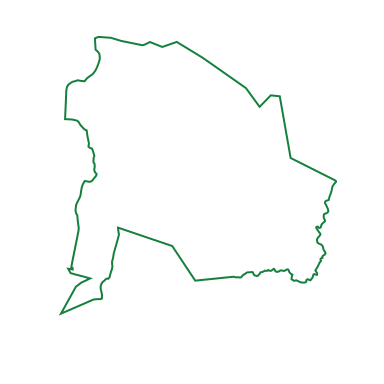 Santiago Miltepec, Oaxaca, Mexico (Natural Earth projection), rotated 191°
{"feature_id": "50627088B74886386761590", "entity_name": "Santiago Miltepec", "entity_type": "district", "adm_level": 2, "iso_a3": "MEX", "parent_name": "Mexico", "parent_adm1": "Oaxaca", "projection": "natural_earth1", "projection_center": [-97.734, 17.988], "detail": "fine", "context": "isolated", "style": "outline", "palette": "green", "viewbox_px": 384, "rotation_deg": 191, "n_neighbors": 0, "source": "geoboundaries", "source_scale": "gbopen_adm2", "svg_char_len": 4349}
<svg xmlns="http://www.w3.org/2000/svg" viewBox="0 0 384 384"><g transform="rotate(191 192 192)"><path d="M297.4,47.6L268.1,67.7L266.2,68.3L264.3,68.8L262.9,69.0L261.1,69.6L260.1,70.3L260.5,72.3L260.7,73.8L261.3,75.3L262.3,77.7L263.3,79.8L263.7,82.4L263.4,84.4L262.7,86.4L260.9,88.5L259.8,90.3L258.5,90.9L257.7,90.8L256.7,92.3L256.5,95.6L256.3,98.4L256.1,99.3L255.9,100.8L255.9,103.9L256.4,105.2L256.8,106.7L257.2,108.5L256.9,112.3L257.1,116.7L255.8,132.0L255.7,133.6L255.6,136.4L256.5,138.7L257.6,141.9L257.8,142.9L201.1,135.2L171.9,105.6L135.2,116.7L134.9,116.7L133.5,116.6L131.8,116.8L130.6,117.1L129.9,117.2L129.1,117.1L127.8,117.4L127.3,117.9L126.8,119.0L125.8,120.5L124.2,121.8L123.6,122.6L122.5,123.6L119.0,124.5L117.5,124.9L116.7,124.7L116.4,123.9L115.5,122.6L114.6,122.1L113.8,122.1L112.9,121.9L111.7,122.1L111.0,122.9L110.7,123.6L109.9,124.6L109.5,126.1L107.3,127.1L105.2,128.8L104.2,128.7L103.0,129.1L102.3,130.0L101.5,129.6L100.4,129.5L99.1,129.9L98.4,130.7L97.8,131.4L97.3,132.1L96.6,132.0L96.3,131.9L96.2,131.6L95.8,131.0L95.2,130.4L94.4,129.9L93.4,129.8L92.3,130.2L91.1,130.9L90.4,131.8L89.4,132.1L88.2,132.1L87.6,132.0L87.0,132.0L86.2,132.3L85.2,133.0L84.4,133.9L83.5,134.3L82.9,134.3L82.5,133.9L81.9,133.2L81.5,132.5L80.8,131.6L78.9,130.3L78.2,130.2L77.6,129.9L77.8,128.9L77.9,127.8L77.8,126.3L77.6,125.3L76.6,125.0L75.8,124.6L74.8,124.3L73.9,124.7L72.8,125.2L72.1,125.0L71.3,124.9L70.4,124.6L68.8,124.3L68.0,124.1L67.0,124.1L66.0,124.2L64.9,124.4L64.1,124.7L63.9,124.7L63.5,124.9L63.1,125.2L62.8,125.6L62.7,126.3L62.9,126.8L62.9,127.2L62.8,127.6L62.6,127.8L61.8,128.4L60.3,128.1L58.9,127.9L58.3,129.0L58.0,130.0L57.6,130.4L57.4,131.1L57.1,132.5L57.2,133.5L56.9,134.1L56.6,134.7L53.6,134.5L53.6,135.6L54.0,136.6L55.9,138.4L55.1,140.8L54.2,143.2L54.0,144.3L53.1,147.5L52.4,148.3L52.3,148.8L52.2,149.2L52.7,149.7L53.0,150.1L53.1,150.6L53.0,151.0L52.7,151.4L52.2,151.7L51.4,152.1L51.7,152.8L51.7,153.2L51.7,153.7L51.3,154.3L50.4,155.2L49.8,155.9L49.3,156.7L49.2,157.1L49.4,157.8L50.1,158.7L51.3,159.9L52.0,160.7L52.4,161.7L52.8,162.8L53.4,163.7L54.4,164.6L55.4,165.1L57.3,165.5L58.5,165.9L59.1,166.2L59.6,167.1L60.0,168.2L60.2,169.3L60.1,170.2L59.3,171.8L58.5,173.1L58.2,173.8L58.0,174.3L57.9,175.0L58.1,175.6L59.6,176.8L61.5,178.7L62.8,180.0L63.2,180.7L63.3,181.0L63.2,181.4L62.7,181.7L62.5,181.8L62.3,182.0L61.9,182.0L61.0,181.4L60.7,181.1L60.2,181.1L59.6,181.2L59.2,181.5L58.9,182.1L58.7,182.9L58.8,183.6L58.7,184.2L58.5,184.9L58.1,185.6L57.6,186.5L56.9,187.4L56.4,187.9L56.0,188.6L55.9,189.1L56.0,189.5L56.8,190.5L57.4,191.4L57.8,192.0L58.0,192.8L58.1,193.4L58.2,194.0L58.2,194.8L58.1,195.3L57.8,195.7L57.3,196.1L56.7,196.3L56.0,196.8L55.0,197.9L54.7,198.4L54.5,199.2L54.9,200.3L55.5,201.5L57.0,203.6L58.7,205.8L59.2,206.4L59.5,207.1L59.4,207.8L59.1,208.5L58.4,209.1L57.6,209.5L56.3,210.2L56.1,213.9L55.6,216.7L55.3,219.0L55.2,221.1L55.2,222.4L55.2,223.4L55.1,224.4L54.6,225.6L54.0,227.1L53.4,228.1L52.9,228.8L52.6,229.3L52.6,229.7L52.7,230.0L52.8,230.2L53.5,230.4L54.2,230.9L55.4,231.2L101.7,244.2L103.6,249.2L105.7,254.7L124.1,302.7L133.1,301.9L141.9,288.5L158.9,304.3L184.0,315.5L194.1,320.0L207.9,326.1L235.6,336.4L248.9,328.7L261.9,331.2L264.2,329.4L266.5,327.7L268.6,326.6L290.5,326.8L301.1,327.9L313.4,326.4L316.6,324.3L313.8,313.3L311.2,311.8L309.3,309.9L308.5,307.6L307.9,304.8L308.2,301.3L309.0,296.4L310.1,292.4L312.0,288.7L313.6,287.0L315.0,285.6L316.7,283.7L318.6,280.2L321.9,279.9L325.7,279.8L327.5,278.7L330.6,277.2L333.8,273.9L334.7,271.5L334.8,268.2L330.5,239.3L323.5,240.3L321.0,240.2L318.2,240.1L316.5,238.9L315.1,237.3L313.6,235.9L309.6,233.0L307.1,232.3L305.2,226.6L302.5,220.3L302.3,216.8L300.5,215.8L298.4,215.5L297.0,213.3L295.7,210.7L294.7,208.6L294.8,208.2L294.8,207.9L295.0,207.1L295.1,206.2L294.8,205.2L294.7,205.0L294.7,203.3L294.4,202.4L294.2,202.2L293.8,201.8L293.3,201.4L292.9,200.6L292.5,198.9L292.3,198.0L292.3,195.7L291.5,193.5L289.8,192.0L289.2,191.5L289.0,191.2L289.2,190.1L289.2,189.7L292.5,183.5L294.5,182.4L297.0,182.4L299.4,182.3L300.6,178.8L301.1,175.6L301.0,171.4L300.8,167.3L301.2,165.0L302.6,160.1L303.3,157.2L303.1,154.8L302.9,151.8L301.5,148.7L300.2,147.3L298.5,141.4L296.3,135.0L296.0,131.9L296.2,100.5L296.1,94.0L294.8,94.6L294.3,93.2L298.9,93.0L295.7,89.2L290.9,88.8L282.7,88.3L275.5,87.7L283.5,81.8L287.9,76.8L297.4,47.6Z" fill="none" stroke="#15803d" stroke-width="2"/></g></svg>